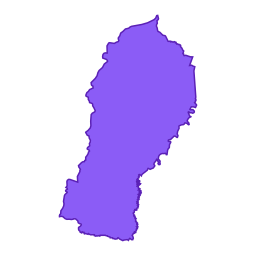 Phaya Mengrai, Chiang Rai, Thailand
{"feature_id": "78962969B59548210806286", "entity_name": "Phaya Mengrai", "entity_type": "district", "adm_level": 2, "iso_a3": "THA", "parent_name": "Thailand", "parent_adm1": "Chiang Rai", "projection": "albers", "projection_center": [100.161, 19.88], "detail": "fine", "context": "isolated", "style": "filled", "palette": "violet", "viewbox_px": 256, "rotation_deg": 0, "n_neighbors": 0, "source": "geoboundaries", "source_scale": "gbopen_adm2", "svg_char_len": 5898}
<svg xmlns="http://www.w3.org/2000/svg" viewBox="0 0 256 256"><path d="M157.7,15.4L156.7,15.6L155.7,18.1L154.0,19.7L147.6,22.8L141.7,24.5L131.7,26.3L130.2,26.9L128.7,28.2L125.4,29.0L123.1,31.3L120.7,33.1L119.8,35.8L118.3,37.9L118.3,38.9L118.8,40.6L118.3,41.6L116.4,42.2L114.3,43.4L109.6,42.7L108.7,43.0L107.0,45.9L107.2,53.0L105.2,52.9L104.0,53.3L103.0,54.5L102.6,56.6L102.8,58.1L106.4,59.4L107.4,60.5L107.5,61.5L104.3,64.0L102.5,67.5L99.1,70.5L97.9,72.7L97.1,75.7L95.3,78.4L91.1,82.6L91.4,84.8L91.8,85.5L92.9,86.1L93.1,88.0L89.6,89.6L88.4,91.4L86.9,92.6L86.0,94.7L85.9,95.7L86.1,96.2L88.3,97.3L88.3,99.5L89.3,101.1L89.6,102.6L92.0,103.4L92.6,104.1L92.7,105.8L93.9,107.8L95.2,110.6L94.8,111.8L92.3,113.2L91.2,114.6L90.7,121.3L90.9,125.7L90.3,127.9L87.9,130.6L85.9,132.0L85.7,132.5L87.3,135.3L88.9,135.9L89.3,138.3L90.4,140.1L90.2,142.2L89.4,143.5L89.7,145.8L87.6,147.5L87.2,148.5L87.3,149.1L89.1,150.2L89.5,151.0L88.5,152.1L88.2,153.5L87.0,155.6L85.7,157.2L85.7,160.1L84.7,160.5L84.4,161.6L82.8,161.8L81.5,162.6L78.5,165.6L78.8,167.0L80.4,169.3L79.9,170.2L79.9,171.6L77.4,176.5L77.7,182.1L69.8,179.4L68.5,179.4L67.3,180.4L66.9,181.6L67.1,185.9L65.9,187.5L67.2,188.2L67.4,189.2L65.8,190.2L65.6,190.8L65.8,191.3L67.1,192.0L67.2,192.5L65.0,194.5L64.4,195.7L63.5,201.4L64.0,203.8L63.7,205.9L62.7,208.2L60.9,210.8L60.7,213.7L59.8,214.6L59.4,216.0L59.5,216.7L61.1,216.3L62.8,216.6L65.2,218.7L66.9,219.3L69.1,219.2L71.4,219.5L73.2,219.2L73.7,218.8L75.6,218.9L77.8,220.9L78.2,222.7L79.4,223.6L80.8,223.9L81.2,224.3L81.3,224.9L80.4,226.2L78.6,227.4L78.5,229.0L78.9,230.3L80.0,231.3L80.2,232.2L80.7,232.3L81.4,232.9L81.8,232.9L82.0,232.0L82.2,231.8L83.1,232.3L84.1,232.4L84.1,233.6L84.6,233.9L85.4,233.5L87.6,234.2L88.3,233.6L88.9,234.3L89.2,234.1L90.6,234.8L94.1,234.7L94.4,234.8L94.3,235.6L95.9,236.2L96.6,235.8L97.8,236.0L98.9,235.6L99.7,235.7L99.8,236.0L100.2,235.8L100.3,235.3L105.3,235.3L106.0,235.7L107.3,235.8L107.4,236.2L110.1,237.1L110.2,237.8L112.6,237.8L112.9,238.6L114.1,238.6L114.4,238.9L115.5,239.1L117.2,238.8L117.8,237.8L118.1,237.7L119.9,239.2L122.8,240.6L123.9,240.1L126.5,239.7L127.5,239.7L128.4,240.4L129.6,238.4L130.0,238.4L131.4,239.6L131.9,239.1L131.8,239.3L132.7,239.7L133.3,238.4L133.1,237.1L132.2,235.3L132.6,235.0L132.9,234.5L132.8,234.2L133.7,233.1L134.3,233.3L134.7,232.8L134.6,232.4L135.1,232.5L134.9,231.9L135.8,232.1L135.9,231.0L136.6,229.9L136.6,229.4L136.3,229.1L136.8,228.4L137.4,228.5L137.5,227.7L137.0,227.5L137.3,227.0L137.9,227.0L137.3,226.7L137.8,226.6L137.2,225.6L137.4,225.2L137.2,224.3L137.6,224.1L137.0,223.6L137.4,223.0L137.1,222.7L136.8,223.1L136.8,222.6L136.3,222.3L136.4,221.8L135.6,221.3L135.9,220.2L135.5,219.8L135.7,219.1L135.5,218.8L136.0,218.5L135.5,218.0L136.0,217.7L134.9,217.8L135.0,216.6L134.3,216.5L134.5,215.9L134.1,215.8L134.3,215.3L133.8,215.2L133.9,214.5L133.2,213.1L134.3,212.2L134.3,210.6L134.9,210.4L134.8,209.7L135.5,209.9L135.9,209.4L136.3,210.1L136.7,210.1L137.0,208.3L137.3,207.8L138.0,207.7L137.7,206.9L137.9,206.6L137.4,206.4L138.3,206.3L138.4,205.9L137.5,205.2L138.5,204.5L137.8,203.8L138.0,203.2L137.4,203.3L137.7,202.6L137.0,202.8L137.1,202.2L137.6,202.3L137.3,201.8L137.6,201.6L137.1,201.3L137.4,201.1L138.0,201.4L138.1,200.1L138.7,199.7L137.8,199.3L138.4,198.9L138.8,199.0L139.1,198.0L138.9,197.8L139.1,197.4L138.5,197.1L138.0,197.3L138.1,196.8L138.4,196.5L139.2,196.5L139.4,195.9L138.8,195.6L139.1,195.3L139.7,195.6L140.0,195.5L139.8,195.1L138.3,194.3L139.1,193.9L140.0,194.1L139.9,193.6L140.2,193.4L140.8,193.6L141.1,193.0L140.9,192.5L141.2,192.2L140.7,191.4L140.0,192.0L139.8,192.6L139.3,192.6L139.2,191.7L140.8,190.8L139.8,190.0L139.3,190.2L138.4,190.0L139.9,188.8L139.4,188.4L139.0,188.7L138.5,188.5L138.2,187.6L138.3,186.7L137.8,186.1L137.1,186.2L137.4,185.1L137.9,185.0L138.7,185.5L139.3,185.0L138.7,184.4L137.0,184.3L137.0,183.9L137.9,183.6L139.7,184.4L140.3,184.2L140.6,183.6L139.2,183.1L138.3,182.4L136.9,182.4L136.6,181.8L136.6,181.2L137.5,180.9L139.1,182.1L139.8,181.2L139.6,180.7L138.8,180.5L138.2,179.6L137.2,180.0L136.9,179.7L137.6,178.6L139.0,177.7L139.0,177.1L138.6,176.8L139.3,176.2L138.7,175.0L139.0,174.6L139.9,174.5L141.4,175.8L141.5,175.2L142.3,174.1L147.3,170.2L148.0,168.4L148.4,168.4L150.1,169.3L153.3,168.0L154.8,165.9L154.7,165.4L153.9,164.4L154.2,163.0L155.8,161.0L156.6,159.3L157.3,159.6L157.5,160.8L158.5,162.0L158.5,162.6L158.0,163.3L158.2,164.0L159.0,164.7L159.9,164.5L160.2,164.0L159.9,162.4L160.1,161.4L159.9,160.8L158.3,159.0L158.6,156.5L159.4,155.1L160.6,154.1L162.3,153.5L164.0,153.6L165.3,153.3L165.8,153.7L166.3,154.7L167.0,154.6L167.6,150.2L168.1,149.0L169.3,147.6L169.5,144.6L170.7,142.5L170.7,141.8L170.3,141.5L168.9,141.5L168.3,141.2L168.3,140.2L168.8,139.8L170.7,139.4L174.1,136.1L175.3,136.2L176.9,137.4L177.4,137.4L178.0,135.7L177.2,133.9L177.6,131.4L179.1,128.3L178.9,126.6L179.1,125.9L181.3,124.9L183.5,124.6L184.2,124.1L184.6,123.2L185.0,122.9L187.0,123.4L188.4,124.7L189.1,124.5L188.8,122.9L187.5,121.5L187.2,120.5L188.4,118.4L189.5,117.4L190.8,116.9L190.9,116.6L189.6,116.0L188.2,112.4L188.3,112.0L188.8,111.8L189.8,112.7L191.7,112.8L192.6,113.2L193.7,112.8L194.3,112.1L194.3,111.1L192.9,109.6L190.4,109.7L189.9,109.3L191.3,106.8L193.6,106.9L195.5,107.5L196.6,105.1L196.4,104.6L194.6,102.6L195.4,101.9L195.3,101.0L195.9,100.6L195.7,99.7L195.9,99.3L195.4,98.7L195.8,97.2L193.9,70.9L194.8,66.7L192.8,66.0L191.7,65.2L189.6,65.5L192.7,56.9L190.3,56.8L185.8,55.3L184.1,55.6L183.5,54.4L183.6,54.0L182.9,53.6L183.7,51.0L183.0,50.5L181.8,48.0L180.5,46.6L180.7,45.8L180.4,45.0L179.4,44.8L178.9,44.3L178.4,44.5L177.2,43.8L176.7,44.0L176.1,43.2L176.1,42.5L175.3,42.6L175.2,42.0L174.1,41.6L173.5,42.1L172.2,41.9L172.0,41.6L170.8,41.8L170.8,41.3L169.8,41.1L169.3,41.4L168.1,41.3L165.7,36.4L165.1,35.7L162.8,35.2L159.9,32.3L158.0,31.4L157.5,30.1L157.2,28.0L156.4,26.1L156.6,24.5L157.3,23.4L157.0,20.6L158.2,19.6L158.5,18.7L157.7,15.4Z" fill="#8b5cf6" stroke="#5b21b6" stroke-width="1.5"/></svg>